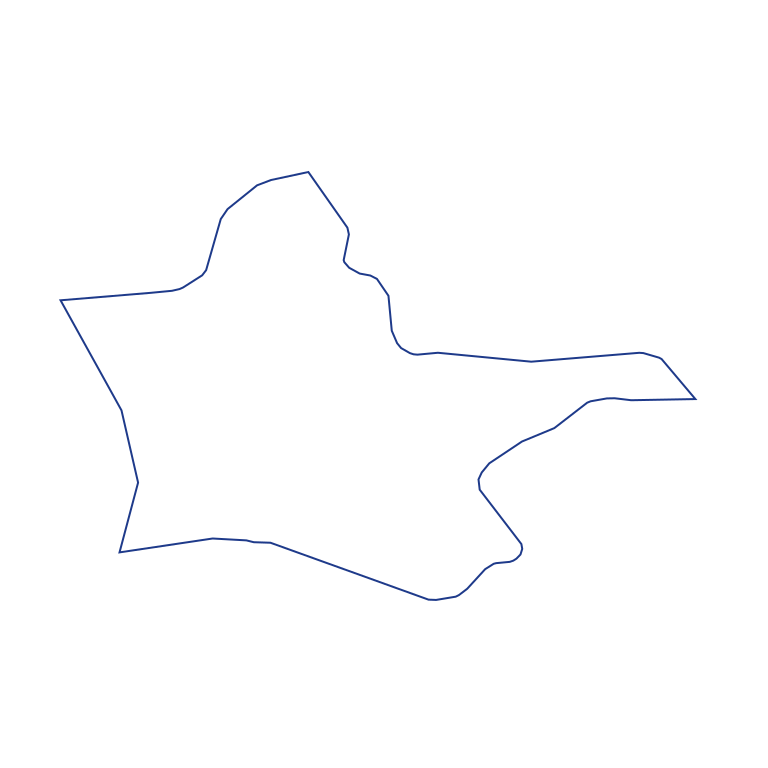 an SVG outline of Barking and Dagenham, rotated 80°
{"feature_id": "GBR-2060", "entity_name": "Barking and Dagenham", "entity_type": "London Borough", "adm_level": 1, "iso_a3": "GBR", "parent_name": "United Kingdom", "parent_adm1": "", "projection": "mercator", "projection_center": [0.139, 51.548], "detail": "fine", "context": "isolated", "style": "outline", "palette": "blue", "viewbox_px": 768, "rotation_deg": 80, "n_neighbors": 0, "source": "natural_earth", "source_scale": "10m", "svg_char_len": 979}
<svg xmlns="http://www.w3.org/2000/svg" viewBox="0 0 768 768"><g transform="rotate(80 384 384)"><path d="M452.9,80.0L442.9,143.4L438.1,159.3L436.9,167.0L436.9,183.5L437.7,187.2L457.0,223.9L464.6,258.1L480.4,294.1L488.1,303.1L494.4,307.5L504.7,308.1L565.5,276.5L570.4,276.5L575.6,279.2L579.0,283.9L580.4,287.3L581.0,291.0L579.9,304.7L580.1,307.2L583.9,316.5L600.1,337.6L604.9,346.9L605.9,350.3L605.7,370.2L604.1,377.6L520.6,523.4L517.2,539.7L514.1,546.7L506.4,579.6L503.9,673.7L438.4,643.3L364.4,647.1L333.8,657.6L245.4,688.0L253.7,598.0L255.4,576.6L255.0,568.9L254.1,565.2L245.4,544.2L241.0,539.4L193.2,516.1L184.6,507.7L166.3,474.5L163.5,459.9L162.1,421.7L223.7,392.9L230.6,392.6L255.0,402.2L257.2,401.9L263.5,398.1L271.0,388.8L274.8,378.6L279.3,372.7L297.9,364.3L332.9,367.1L346.1,364.0L351.6,360.9L358.1,353.1L359.9,349.7L360.9,346.0L362.6,325.5L387.6,235.1L397.6,127.2L398.6,123.2L405.8,108.6L407.6,106.3L452.9,80.0Z" fill="none" stroke="#1e3a8a" stroke-width="2"/></g></svg>